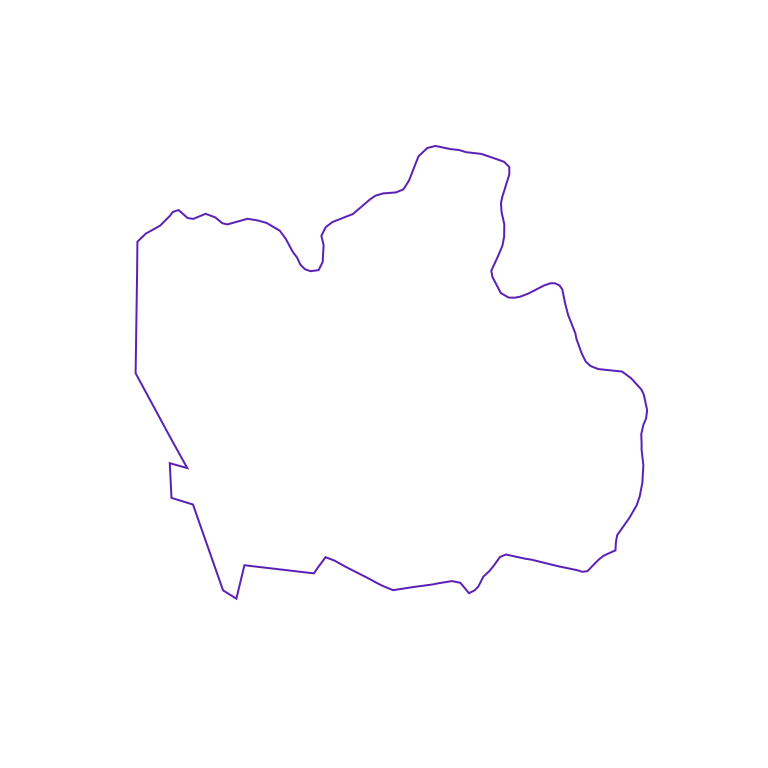 Fartura do Piauí, Piauí, Brazil (Robinson projection), rotated 197°
{"feature_id": "56859067B80687548008335", "entity_name": "Fartura do Piauí", "entity_type": "district", "adm_level": 2, "iso_a3": "BRA", "parent_name": "Brazil", "parent_adm1": "Piauí", "projection": "robinson", "projection_center": [-42.811, -9.481], "detail": "fine", "context": "isolated", "style": "outline", "palette": "violet", "viewbox_px": 768, "rotation_deg": 197, "n_neighbors": 0, "source": "geoboundaries", "source_scale": "gbopen_adm2", "svg_char_len": 1882}
<svg xmlns="http://www.w3.org/2000/svg" viewBox="0 0 768 768"><g transform="rotate(197 384 384)"><path d="M477.6,139.6L462.4,135.5L464.5,169.9L457.7,171.1L395.7,182.4L393.3,189.9L389.2,201.3L379.5,200.6L367.9,198.1L340.1,193.2L333.6,191.8L326.9,190.6L315.0,189.5L308.8,192.5L296.2,198.6L278.7,206.6L274.2,209.1L261.4,215.4L252.8,216.2L241.6,208.8L237.0,213.2L234.6,217.9L233.7,222.8L232.7,228.8L228.6,235.8L225.8,242.8L222.5,252.5L217.5,256.6L197.9,258.2L191.8,259.1L179.5,259.8L172.3,260.2L163.6,260.7L155.1,261.5L145.2,262.4L139.5,262.4L134.7,264.5L131.5,270.9L127.3,278.9L123.9,283.8L120.3,287.1L114.0,292.6L116.0,300.5L116.8,307.7L110.2,327.7L106.9,342.0L106.6,351.3L107.4,358.7L108.0,364.8L112.2,382.1L118.5,396.6L120.5,403.2L123.3,411.2L124.0,420.8L123.3,427.7L124.7,435.9L132.5,449.9L136.3,454.0L149.3,461.7L160.0,465.5L183.6,460.9L191.8,461.6L197.6,464.4L203.6,470.7L213.1,483.3L215.8,488.4L228.0,503.7L234.1,513.6L241.1,526.5L245.0,529.6L249.9,530.3L254.2,529.0L259.7,525.1L272.3,512.8L279.3,507.3L284.1,504.8L289.9,503.1L298.9,505.1L311.7,518.2L314.5,523.8L312.2,540.7L311.2,551.0L312.2,560.1L315.7,572.0L321.8,582.7L325.0,591.1L325.6,597.6L325.4,620.9L327.6,628.1L334.1,631.6L350.8,632.3L358.3,632.5L373.2,629.7L380.9,629.7L388.7,628.1L404.4,626.7L411.6,622.3L417.6,611.8L419.6,585.7L422.4,575.7L428.6,570.7L440.6,566.0L447.1,561.7L451.2,556.7L463.4,537.5L480.7,523.8L485.6,516.9L487.2,507.3L482.4,499.3L478.3,482.8L479.8,473.8L487.3,470.4L493.3,470.7L499.0,473.8L504.1,479.5L509.9,483.7L520.5,494.2L528.5,500.1L543.3,503.7L552.5,503.5L562.8,502.1L580.5,490.8L585.7,490.5L594.0,494.0L604.4,494.6L614.7,486.1L620.3,485.3L631.4,490.3L636.3,486.7L638.0,482.0L644.4,470.0L655.8,458.1L661.4,447.9L652.9,419.1L624.7,321.7L586.5,284.0L572.3,270.0L547.6,246.1L565.7,245.6L553.9,212.9L531.4,212.9L526.4,206.0L477.6,139.6Z" fill="none" stroke="#5b21b6" stroke-width="2"/></g></svg>